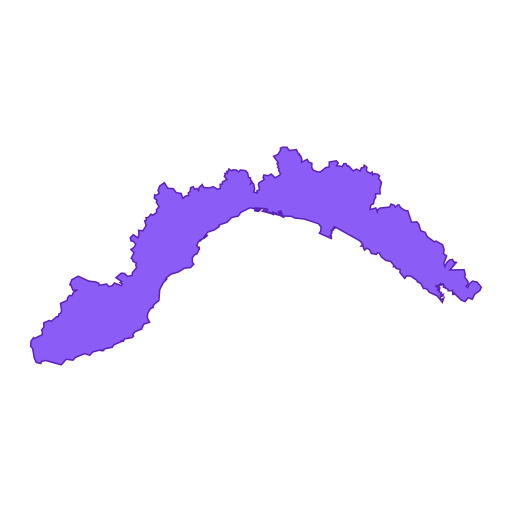 Liguria, La Spezia, Italy
{"feature_id": "23120603B90496191820000", "entity_name": "Liguria", "entity_type": "district", "adm_level": 2, "iso_a3": "ITA", "parent_name": "Italy", "parent_adm1": "La Spezia", "projection": "orthographic", "projection_center": [8.819, 44.226], "detail": "fine", "context": "isolated", "style": "filled", "palette": "violet", "viewbox_px": 512, "rotation_deg": 0, "n_neighbors": 0, "source": "geoboundaries", "source_scale": "gbopen_adm2", "svg_char_len": 6089}
<svg xmlns="http://www.w3.org/2000/svg" viewBox="0 0 512 512"><path d="M69.5,295.4L67.6,297.8L67.1,300.5L60.5,303.3L61.6,310.7L60.5,313.4L59.0,313.9L58.3,316.7L56.6,316.7L51.2,321.4L49.5,320.4L43.7,322.8L43.8,327.3L41.5,330.1L42.4,331.6L42.1,334.8L34.5,338.4L33.5,337.7L31.0,341.1L30.7,346.4L32.6,348.4L34.2,357.8L36.2,362.4L40.8,363.5L41.7,361.3L45.5,360.5L61.3,364.8L66.2,359.3L73.0,360.2L75.5,357.4L84.6,353.6L89.7,355.3L92.7,352.0L99.8,350.1L101.5,350.7L101.5,350.4L102.0,350.7L103.5,350.6L104.4,350.2L103.1,350.6L102.7,350.4L104.4,348.9L112.3,347.3L113.8,344.8L122.8,341.0L124.1,341.5L122.3,340.6L123.8,340.4L124.3,339.0L131.9,337.6L133.6,336.0L132.6,334.8L135.2,331.6L141.6,329.1L143.7,324.2L149.6,322.3L147.2,317.7L147.8,313.0L150.6,308.5L153.3,307.4L153.0,306.1L154.8,303.8L158.9,300.6L159.7,289.8L163.1,282.9L166.8,279.1L167.1,278.4L166.4,279.3L165.5,279.3L166.6,277.5L171.1,274.1L178.3,272.0L184.4,268.2L190.7,267.5L193.8,264.1L192.4,262.5L192.3,257.7L194.5,254.9L197.0,253.8L199.4,248.7L199.3,247.9L199.0,246.5L199.1,248.3L196.7,245.8L198.5,241.5L200.6,240.7L200.0,240.1L204.5,238.0L207.8,235.1L204.4,236.6L207.6,232.2L214.4,229.9L219.2,226.6L218.6,225.7L219.5,224.8L227.0,222.3L231.5,217.6L238.4,216.0L240.7,212.4L250.1,207.8L254.7,208.8L255.2,210.1L258.7,210.2L258.9,209.0L255.6,208.3L255.3,207.9L263.1,208.5L264.2,209.9L264.0,208.6L265.5,208.6L267.3,209.3L266.5,210.0L268.4,209.8L263.1,210.8L271.7,213.1L272.3,212.2L273.1,213.1L273.0,212.2L279.5,214.7L279.9,213.4L278.4,211.9L280.8,210.9L281.3,212.3L279.9,212.7L281.4,213.2L281.6,214.1L280.5,214.0L281.0,214.5L282.1,214.1L282.1,215.4L281.3,215.2L282.1,215.5L281.3,215.2L282.6,216.0L291.2,216.3L294.7,218.0L304.2,219.0L318.5,223.7L321.0,227.0L320.8,231.0L319.3,233.2L332.0,238.9L330.6,237.8L331.4,237.1L330.5,236.0L331.2,236.1L330.9,234.1L331.8,233.1L332.0,231.0L331.3,231.4L331.3,230.4L333.4,230.0L333.1,228.7L333.8,228.6L333.9,228.3L334.7,228.3L335.0,228.0L333.9,227.2L334.8,226.8L359.7,240.7L362.7,244.2L361.1,246.1L362.9,245.8L364.4,250.1L367.0,248.2L369.5,249.6L371.3,253.3L376.3,254.5L377.8,252.7L379.2,253.1L381.5,257.1L386.0,260.5L390.4,261.3L393.6,264.7L393.4,266.8L395.3,266.5L396.0,268.3L400.1,269.5L399.9,272.5L404.8,278.4L406.6,275.9L410.7,276.1L417.0,280.4L417.3,281.9L420.9,283.5L423.4,288.5L426.5,288.7L429.4,292.3L437.0,295.8L439.7,298.9L440.9,296.6L443.1,295.9L442.1,295.3L443.0,294.3L440.4,294.7L441.3,292.4L439.2,292.1L439.5,291.1L437.9,290.2L439.4,289.7L439.5,289.1L437.8,289.5L438.3,288.6L435.8,285.9L436.6,285.5L437.6,287.5L438.5,286.6L439.8,287.7L439.7,288.4L439.7,288.9L439.8,287.7L438.2,285.7L439.9,285.2L439.1,284.9L440.2,283.8L440.4,285.5L440.9,283.9L441.9,285.1L443.0,283.8L444.1,285.7L443.6,286.2L444.9,287.1L444.1,287.4L447.8,289.1L448.2,290.8L452.6,290.6L452.7,294.1L454.1,293.2L454.0,294.3L454.9,294.0L461.4,300.2L465.1,301.6L468.0,297.8L472.3,299.3L474.7,294.2L479.8,290.6L481.3,287.2L477.1,282.1L472.6,281.1L469.5,283.6L467.7,287.7L466.0,286.2L467.8,284.5L468.0,281.5L464.4,276.8L465.4,275.3L464.1,269.7L449.9,270.0L454.9,264.2L454.6,263.3L457.0,262.5L453.6,261.9L452.5,259.4L449.5,259.9L446.4,263.0L445.0,266.6L443.7,263.5L446.7,256.0L443.5,253.6L444.1,249.4L442.6,244.8L436.0,241.0L434.4,241.9L427.3,236.7L425.1,232.3L420.7,230.7L418.8,224.4L416.9,221.8L411.5,222.3L407.8,210.8L404.5,210.3L400.3,207.3L399.2,205.1L397.9,204.8L395.4,207.2L394.2,205.2L390.8,204.1L389.8,207.0L379.8,208.1L377.7,209.8L377.3,211.7L375.8,207.9L370.2,209.6L370.4,206.7L371.4,204.6L373.6,203.7L374.1,199.9L375.8,197.4L375.4,194.0L380.2,193.8L379.8,189.5L381.5,182.3L378.6,178.5L379.5,176.0L377.9,174.4L374.4,173.6L372.6,174.9L372.2,172.0L370.3,173.4L367.2,171.5L366.4,170.8L366.9,167.2L364.2,165.2L363.7,167.6L361.4,167.8L360.0,171.1L356.5,169.1L353.2,170.9L348.5,165.8L347.4,166.4L345.9,163.6L343.7,163.7L342.5,166.5L336.6,165.7L338.3,163.0L336.3,160.8L329.3,162.0L329.1,166.9L325.7,167.6L320.4,171.9L317.8,172.0L313.1,170.1L311.7,167.4L311.9,163.3L308.8,162.2L307.2,159.4L301.5,162.2L301.8,159.0L300.6,155.8L299.3,155.3L299.7,154.2L298.2,153.4L296.4,149.6L289.2,150.5L286.9,147.2L282.6,147.2L280.4,148.2L280.5,150.2L278.0,154.4L273.6,156.3L278.3,162.8L277.0,163.5L278.4,166.2L277.7,167.5L279.0,168.7L278.7,170.6L280.4,173.5L279.7,175.2L275.1,177.8L271.2,174.0L268.4,175.7L263.8,175.0L263.1,177.9L264.3,179.6L259.1,182.7L258.4,184.4L259.5,189.9L256.9,190.8L257.3,193.0L253.6,192.0L254.7,189.1L253.7,184.0L252.4,182.7L250.6,183.8L251.8,181.1L250.6,180.2L250.5,177.9L248.6,177.6L247.6,172.9L245.6,170.6L240.3,170.0L238.8,171.8L236.3,170.0L233.1,169.8L231.9,170.9L228.8,169.0L228.3,171.3L226.1,171.5L227.6,172.0L227.2,173.4L224.9,173.4L225.4,174.4L224.3,176.3L226.8,179.5L222.5,181.9L222.3,184.1L220.1,184.3L220.4,188.3L217.6,189.3L213.3,186.7L208.8,188.0L203.5,187.4L202.2,184.5L199.1,187.6L198.5,190.6L196.9,188.5L194.7,189.3L193.1,186.7L190.6,187.7L190.1,191.5L188.3,192.9L188.6,195.5L185.4,196.1L182.8,198.4L181.1,193.4L176.3,192.7L173.3,188.7L167.7,188.2L164.4,182.7L159.7,186.0L158.0,190.3L159.2,193.2L156.2,195.3L154.6,194.9L154.4,198.4L157.0,200.2L156.3,202.3L159.0,206.5L156.5,209.8L156.5,212.7L152.7,215.1L150.9,214.1L148.4,217.4L146.0,217.7L146.3,220.4L144.7,220.9L146.0,224.9L145.3,227.1L142.7,230.8L138.6,230.3L139.0,234.5L137.8,237.9L133.3,234.7L130.2,237.8L131.1,241.0L133.2,241.2L135.8,244.3L134.1,247.4L130.9,249.5L134.0,252.7L131.2,258.4L132.9,259.7L132.8,261.0L136.4,263.2L135.7,265.1L136.7,267.6L132.5,272.5L132.1,275.4L127.4,276.4L124.7,273.5L121.3,273.1L115.9,277.7L121.6,281.4L120.1,282.6L122.3,284.1L121.4,285.7L114.4,283.0L112.2,285.7L108.7,286.6L106.6,284.0L99.3,285.3L98.8,283.3L96.2,282.0L88.5,281.0L78.2,276.2L71.8,279.7L69.8,284.8L71.0,285.3L72.8,290.1L77.5,290.0L73.7,291.9L71.9,295.8L69.5,295.4ZM443.7,298.2L442.1,299.2L439.9,299.2L442.3,302.4L443.7,298.2ZM279.5,215.0L272.4,213.5L279.6,215.3L282.0,216.4L282.0,216.5L283.6,217.3L283.7,217.2L279.5,215.0ZM271.5,213.6L262.3,211.0L262.2,211.1L271.5,213.6L273.3,214.5L273.3,214.4L271.5,213.6ZM258.4,211.5L261.1,209.0L260.7,209.1L260.3,209.3L258.4,211.4L254.0,210.6L258.4,211.5Z" fill="#8b5cf6" stroke="#5b21b6" stroke-width="1.5"/></svg>